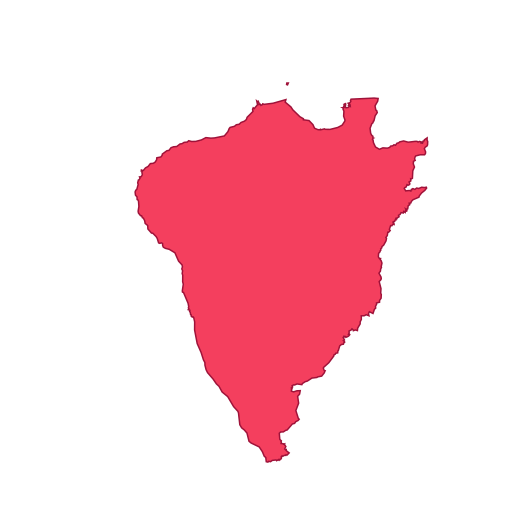 Karang Asem, Bali, Indonesia, rotated 200°
{"feature_id": "22746128B60715781377305", "entity_name": "Karang Asem", "entity_type": "district", "adm_level": 2, "iso_a3": "IDN", "parent_name": "Indonesia", "parent_adm1": "Bali", "projection": "natural_earth1", "projection_center": [115.49, -8.359], "detail": "fine", "context": "isolated", "style": "filled", "palette": "rose", "viewbox_px": 512, "rotation_deg": 200, "n_neighbors": 0, "source": "geoboundaries", "source_scale": "gbopen_adm2", "svg_char_len": 6125}
<svg xmlns="http://www.w3.org/2000/svg" viewBox="0 0 512 512"><g transform="rotate(200 256 256)"><path d="M128.7,358.7L128.6,360.6L127.7,362.6L123.0,367.0L123.1,368.3L122.0,371.8L119.8,375.4L118.9,378.2L119.5,378.9L121.2,377.9L123.8,377.3L126.2,375.1L128.3,374.8L129.5,372.9L131.6,373.0L132.3,372.3L132.2,371.7L132.8,371.5L132.7,370.0L134.3,370.0L137.6,368.4L139.8,370.2L139.7,371.0L138.5,372.2L138.5,374.7L137.3,374.5L136.1,375.7L136.3,376.8L137.5,377.9L136.2,379.5L137.1,381.5L136.4,381.5L135.6,382.5L137.8,389.7L137.5,393.8L139.7,396.4L140.4,398.8L139.1,400.3L140.2,401.5L140.4,403.4L140.1,404.7L136.3,407.3L132.2,408.8L131.8,410.1L132.2,411.8L134.5,414.4L134.2,416.1L132.9,417.9L132.8,419.1L133.8,422.3L134.9,423.5L135.6,425.5L137.5,422.8L137.3,421.9L138.3,421.1L138.1,420.2L138.7,420.0L138.2,418.9L139.7,418.6L140.1,419.7L141.5,419.6L142.7,418.5L143.9,418.8L145.8,418.1L151.9,415.0L156.6,414.6L160.0,412.4L160.7,411.1L162.1,410.2L162.8,407.8L164.4,407.7L165.2,406.3L167.1,405.3L167.5,403.8L169.4,402.3L173.8,401.0L176.5,398.5L181.0,399.3L184.4,402.7L185.7,405.1L186.4,405.4L186.4,406.6L186.0,407.0L186.6,407.0L187.1,408.5L188.4,408.9L190.2,410.5L192.5,415.0L192.4,420.1L191.7,421.1L191.8,423.0L191.4,423.3L192.0,428.5L191.1,432.2L192.3,433.9L193.4,434.2L195.5,437.8L194.6,443.1L195.1,445.8L199.0,444.8L220.3,435.9L220.4,434.4L219.8,433.8L220.1,432.2L221.6,431.1L219.2,430.2L218.8,429.3L220.4,430.2L220.7,429.2L219.4,428.5L220.3,427.0L222.2,426.1L223.0,426.3L223.7,429.6L224.2,429.8L225.1,428.7L224.5,428.5L224.8,426.7L224.2,425.6L225.4,425.0L224.6,424.9L224.4,423.7L222.9,422.1L221.5,417.4L218.9,414.2L218.7,413.1L219.8,408.4L223.2,404.7L229.7,400.3L234.3,398.7L235.1,398.9L238.4,396.7L238.8,397.1L239.7,396.2L241.4,395.9L244.7,396.1L247.4,398.9L252.5,401.4L258.1,400.2L258.4,401.2L262.4,401.9L271.5,406.0L274.1,408.0L281.2,410.6L281.4,413.2L292.2,405.4L300.2,401.3L301.7,401.3L301.7,400.5L302.9,399.2L303.8,400.1L304.9,399.4L305.3,400.6L306.9,402.2L307.3,401.5L308.3,401.9L306.3,398.7L308.1,393.9L309.3,394.3L309.4,392.7L308.3,390.8L311.8,383.3L311.7,381.0L313.0,378.7L315.8,376.3L316.8,374.1L319.4,372.6L320.6,370.5L324.3,368.0L324.8,366.6L324.9,363.3L326.8,358.0L335.3,352.8L338.7,351.3L343.6,350.1L347.0,346.4L351.8,343.1L355.6,341.6L358.7,341.3L359.5,339.6L362.4,338.2L364.0,336.2L365.7,335.3L367.9,331.8L370.9,330.4L372.9,328.7L373.9,325.5L375.8,324.4L378.9,319.7L378.6,318.5L379.3,316.5L382.8,314.4L382.3,312.4L382.9,309.7L384.2,308.0L386.9,306.7L388.0,303.3L390.0,301.0L391.1,297.9L391.9,297.3L391.7,295.2L390.8,294.1L390.7,292.6L391.1,291.2L392.5,290.5L391.6,289.5L391.9,287.6L392.5,287.2L392.2,284.3L391.2,282.9L390.8,277.9L391.5,276.6L391.5,274.8L390.1,272.0L388.0,270.8L387.0,268.4L386.3,268.4L385.2,267.4L383.0,262.5L382.1,257.8L381.2,256.2L378.3,254.4L377.3,254.7L375.8,253.1L374.8,253.1L372.7,251.1L371.3,248.7L368.2,247.6L366.8,244.4L362.1,241.8L360.8,242.1L356.5,240.1L354.8,238.7L352.0,235.0L350.7,235.0L349.4,236.0L348.1,235.8L347.3,233.9L346.1,232.6L343.8,232.2L339.8,232.6L333.3,231.3L327.0,224.7L322.4,222.3L321.4,220.6L321.3,218.5L319.9,217.0L319.4,214.3L318.3,212.9L316.1,206.7L314.7,204.7L313.3,197.9L312.7,196.9L311.7,197.0L303.7,188.4L301.9,185.4L301.8,184.1L301.0,183.5L301.3,182.4L299.6,182.4L299.4,181.1L298.5,180.6L297.5,178.7L296.7,178.5L296.4,177.4L295.0,176.8L294.5,177.3L293.6,177.0L291.1,173.1L288.4,165.5L281.3,153.6L274.6,146.6L269.9,140.5L267.6,138.4L266.6,135.9L264.0,132.1L261.6,129.8L254.4,125.8L249.5,122.3L246.2,120.9L241.3,116.6L234.5,114.2L225.5,106.8L219.8,103.8L218.7,102.4L213.5,91.9L210.7,89.6L207.4,88.5L203.9,86.5L199.2,79.5L196.7,78.6L187.7,77.7L183.1,74.3L179.7,70.6L177.9,70.0L176.0,66.2L174.3,66.4L173.8,67.4L172.0,67.7L170.8,69.5L167.4,71.2L166.6,70.7L165.5,72.1L164.7,71.9L164.7,72.7L163.9,72.5L163.8,73.2L163.0,74.0L163.0,75.1L163.6,75.8L163.1,77.2L162.3,77.0L161.2,78.3L159.8,78.8L159.8,79.5L158.7,79.6L157.5,82.3L161.1,83.5L161.4,84.5L162.1,84.1L163.1,84.5L162.8,87.2L164.6,88.4L164.8,89.3L165.7,88.6L166.0,88.9L168.3,88.4L168.5,89.8L169.1,90.3L169.0,91.0L170.9,91.8L173.5,97.4L172.7,99.0L170.1,100.1L168.5,102.3L167.2,103.2L164.4,110.6L162.5,111.9L162.0,113.9L160.2,115.8L159.6,117.4L160.8,118.0L165.7,124.4L165.6,132.3L168.9,138.4L167.8,141.1L168.4,144.6L171.5,143.3L174.2,141.2L176.5,141.1L177.1,143.2L176.7,143.5L176.9,144.2L177.5,144.3L176.8,145.5L177.7,146.4L176.7,147.7L175.6,148.0L173.7,149.8L168.9,150.8L168.8,152.0L166.8,154.7L165.0,156.0L161.7,160.4L157.2,162.7L156.7,163.5L153.2,165.6L151.9,169.5L151.8,171.7L152.3,171.5L153.1,172.1L154.4,173.7L154.4,174.4L151.1,180.6L148.7,188.6L149.0,189.6L147.9,190.9L147.8,191.9L146.1,192.9L146.6,194.7L146.3,195.4L146.6,200.2L145.4,202.1L143.7,203.0L143.8,204.5L143.2,205.2L143.6,205.9L144.9,206.3L144.2,207.4L146.2,209.2L145.9,210.7L144.5,210.2L144.5,210.9L143.2,210.7L141.6,212.4L141.0,214.2L141.6,214.6L142.3,214.2L142.2,215.7L142.9,217.3L141.2,219.1L140.9,220.4L139.7,220.0L139.0,219.1L137.3,220.5L135.2,220.6L135.8,223.0L134.9,227.8L135.6,229.8L135.3,232.4L136.6,235.8L133.8,236.9L132.4,238.5L129.4,238.5L130.6,240.3L130.4,242.4L126.4,242.0L126.5,246.4L125.7,248.0L126.5,249.4L126.2,252.0L126.7,253.1L124.1,254.8L124.7,256.6L124.0,259.1L125.1,262.7L126.1,263.7L127.4,268.1L131.5,274.1L130.5,276.5L130.6,277.7L131.4,279.1L134.6,281.9L133.9,284.3L134.4,286.4L134.2,288.2L134.7,288.8L135.2,292.4L136.7,294.3L138.1,295.2L138.1,296.2L139.2,295.9L140.7,297.0L141.7,300.4L140.9,302.4L141.1,303.5L140.7,304.2L141.3,305.4L140.6,306.7L140.9,308.0L139.8,309.7L139.0,314.6L139.4,317.2L140.3,317.8L139.6,320.1L140.3,323.4L139.5,323.7L138.6,325.8L139.8,326.6L139.9,330.6L138.7,330.9L138.3,332.6L137.0,332.8L137.7,334.1L138.7,334.4L138.8,335.1L137.5,336.1L137.6,337.2L136.8,337.9L137.4,338.4L137.3,339.4L136.4,339.3L136.4,340.0L135.0,341.8L136.0,343.0L134.8,344.3L134.5,346.4L132.3,346.8L132.5,348.3L130.7,347.9L131.0,349.4L130.1,349.6L131.4,351.3L129.9,350.8L130.1,352.1L129.6,352.3L130.2,355.3L129.1,356.8L130.1,358.0L128.7,358.7ZM285.9,427.6L284.9,427.6L284.8,429.6L286.2,429.1L285.9,427.6ZM393.1,297.6L392.9,296.6L392.1,296.8L392.4,297.6L393.1,297.6Z" fill="#f43f5e" stroke="#9f1239" stroke-width="1.5"/></g></svg>